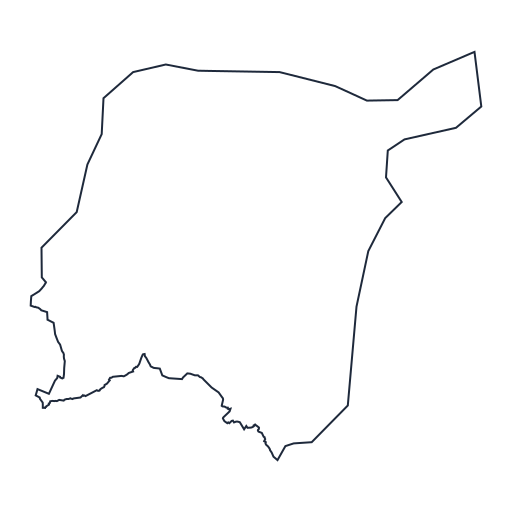 the district of Nooken, Jalal-Abad, Kyrgyzstan
{"feature_id": "92254566B99299845350349", "entity_name": "Nooken", "entity_type": "district", "adm_level": 2, "iso_a3": "KGZ", "parent_name": "Kyrgyzstan", "parent_adm1": "Jalal-Abad", "projection": "equal_earth", "projection_center": [72.38, 41.192], "detail": "fine", "context": "isolated", "style": "outline", "palette": "slate", "viewbox_px": 512, "rotation_deg": 0, "n_neighbors": 0, "source": "geoboundaries", "source_scale": "gbopen_adm2", "svg_char_len": 3058}
<svg xmlns="http://www.w3.org/2000/svg" viewBox="0 0 512 512"><path d="M474.5,51.9L470.2,53.7L433.3,69.5L397.6,100.1L366.9,100.6L335.2,86.1L279.6,72.1L207.9,70.9L198.0,70.7L165.8,64.5L133.1,72.1L103.5,98.2L101.7,134.1L87.4,164.5L76.7,212.1L41.5,247.7L41.8,277.4L45.0,281.2L45.9,282.2L45.6,282.7L45.7,282.9L45.1,283.8L43.7,286.1L42.7,287.2L41.8,288.4L40.4,289.9L39.2,291.2L32.8,295.2L31.3,296.1L30.9,301.2L30.7,305.6L34.6,307.0L35.4,306.8L36.2,307.3L38.2,307.7L40.2,309.1L41.3,310.3L47.1,312.1L47.3,315.4L47.5,318.6L47.5,319.7L53.6,322.8L53.9,324.8L54.7,330.6L55.1,334.1L56.6,338.1L58.1,341.9L60.1,344.6L61.9,350.8L62.5,351.8L63.3,352.8L63.9,354.6L63.8,356.6L64.0,358.5L64.8,361.1L64.5,364.6L64.2,368.0L64.0,374.1L63.5,377.8L62.8,378.0L62.5,378.4L61.9,378.3L60.2,377.5L60.1,376.8L57.6,375.8L57.2,378.1L55.0,380.6L48.9,393.8L37.5,389.1L35.7,395.4L39.7,397.5L39.9,398.7L42.7,402.6L42.8,404.7L42.8,407.8L45.0,407.9L45.0,407.4L46.1,406.9L46.2,406.4L49.0,404.6L48.8,403.5L49.8,403.0L50.2,401.3L52.3,400.9L54.5,401.1L55.2,400.9L56.9,401.1L59.2,399.9L63.7,400.6L64.5,399.7L66.6,399.0L68.6,399.0L70.4,398.3L71.3,398.8L72.2,398.8L72.5,399.0L73.8,398.4L80.5,397.5L82.9,395.2L83.4,395.8L84.5,395.5L85.5,396.1L96.8,390.2L97.9,390.8L99.0,390.8L99.7,390.4L99.7,390.0L100.5,389.1L102.5,387.8L103.9,387.2L104.4,386.3L104.6,385.0L106.9,383.7L109.7,380.4L109.0,379.7L110.1,377.8L111.5,377.7L112.8,376.8L121.5,375.9L123.8,376.3L125.7,375.3L127.3,374.3L128.7,373.0L130.1,372.5L133.1,371.5L132.7,370.5L132.9,369.9L134.4,367.9L135.3,367.8L136.0,366.8L137.2,366.9L139.0,364.3L139.6,362.9L139.8,362.2L141.4,357.6L142.7,354.7L143.0,354.3L144.0,354.1L144.6,354.0L144.9,356.2L146.2,357.8L147.5,360.2L148.4,362.0L150.0,364.6L150.5,366.0L151.2,366.7L152.5,367.2L153.4,367.8L154.6,368.0L157.7,368.3L159.8,368.6L162.3,375.4L166.4,377.2L168.9,378.2L182.0,379.1L183.0,377.5L187.3,373.4L190.3,373.7L194.8,375.3L197.9,375.3L198.0,375.4L198.4,375.7L198.9,376.2L199.2,376.4L199.7,376.9L199.9,377.0L200.1,377.1L201.1,377.3L201.7,377.7L202.7,378.4L202.9,378.5L203.4,379.3L211.6,387.5L218.6,392.4L221.9,397.0L222.9,398.3L223.1,399.7L221.7,405.8L222.5,406.4L224.6,406.6L226.3,407.6L227.8,407.7L227.7,408.7L228.6,409.2L230.5,408.7L229.6,411.4L223.7,417.0L223.1,417.7L222.9,418.4L224.3,421.0L224.9,421.5L227.3,423.2L228.2,422.4L229.3,423.2L231.7,420.9L232.9,420.6L234.0,422.4L236.1,421.6L237.6,421.6L239.8,422.2L244.1,429.3L246.3,426.0L247.5,427.8L251.0,427.6L252.5,427.1L253.6,426.4L254.3,425.7L253.9,425.3L254.6,424.9L255.1,424.5L256.0,425.3L257.0,426.0L258.9,427.5L259.0,427.8L258.9,428.2L258.9,428.9L258.3,429.6L258.0,429.9L257.9,430.6L258.5,431.6L261.8,432.9L263.7,436.8L264.6,437.2L264.8,438.3L265.2,439.1L264.1,441.2L264.5,441.5L265.6,441.8L265.8,442.2L265.5,443.5L266.1,444.7L268.0,446.4L269.1,447.9L269.9,449.3L270.0,450.1L271.7,452.6L273.5,456.7L275.3,458.2L277.5,460.1L285.4,446.1L293.7,443.4L311.7,442.2L347.8,405.5L356.5,306.6L368.3,251.1L385.2,218.1L401.7,202.0L386.0,177.4L387.8,150.5L404.5,139.4L456.0,127.8L481.3,106.5L474.5,51.9Z" fill="none" stroke="#1e293b" stroke-width="2"/></svg>